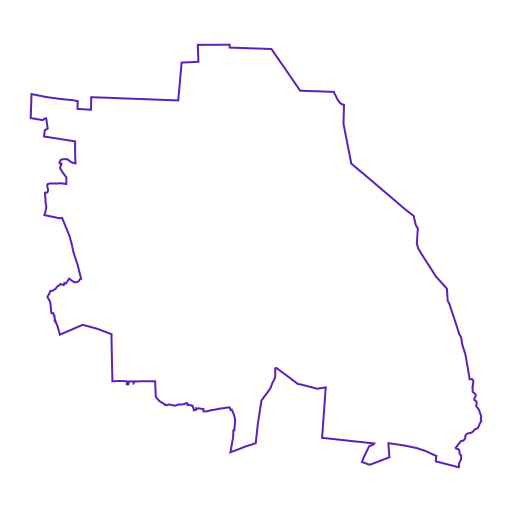 Soyaniquilpan de Juárez, México, Mexico
{"feature_id": "50627088B65616547709828", "entity_name": "Soyaniquilpan de Juárez", "entity_type": "district", "adm_level": 2, "iso_a3": "MEX", "parent_name": "Mexico", "parent_adm1": "México", "projection": "albers", "projection_center": [-99.518, 20.053], "detail": "fine", "context": "isolated", "style": "outline", "palette": "violet", "viewbox_px": 512, "rotation_deg": 0, "n_neighbors": 0, "source": "geoboundaries", "source_scale": "gbopen_adm2", "svg_char_len": 5782}
<svg xmlns="http://www.w3.org/2000/svg" viewBox="0 0 512 512"><path d="M458.7,467.3L459.1,466.3L458.9,463.9L459.2,463.2L459.4,462.8L459.7,462.0L460.3,461.0L461.1,458.9L461.2,457.9L461.1,456.9L461.1,456.4L461.2,455.5L459.9,454.2L459.7,453.8L459.5,452.9L459.5,451.2L459.1,450.2L458.6,449.3L457.6,449.0L456.7,448.8L456.1,448.6L455.7,448.0L456.3,446.9L457.0,446.3L457.6,445.2L459.0,443.4L459.4,443.0L459.8,442.6L460.3,442.1L460.6,441.5L460.8,441.1L461.5,440.9L462.3,440.9L463.1,440.8L464.1,439.8L464.6,439.2L465.0,438.7L465.3,438.2L465.3,436.9L465.2,436.4L465.3,435.9L465.5,435.4L466.1,434.6L466.9,433.9L468.1,433.3L469.5,433.1L470.9,432.9L472.3,432.1L473.6,430.9L474.3,429.9L475.1,429.2L476.2,428.7L477.0,428.5L477.7,428.2L478.0,427.7L478.5,426.7L479.5,424.2L480.1,423.0L480.6,422.2L481.0,421.8L481.3,421.1L480.8,419.4L480.8,418.8L481.1,418.3L481.1,416.5L480.8,415.0L480.3,413.7L479.8,412.5L479.5,411.0L478.0,408.4L477.3,407.5L476.4,406.6L476.2,405.5L476.5,404.0L476.6,402.9L476.6,401.9L475.7,400.9L474.4,400.0L474.3,399.6L474.2,398.9L474.8,397.9L475.1,397.2L475.4,396.5L475.7,395.6L475.6,394.5L473.7,392.6L472.7,391.9L472.5,386.5L472.5,386.4L472.8,386.4L473.2,382.6L473.4,381.4L472.9,380.0L471.9,379.1L469.7,379.3L465.5,354.8L462.3,344.7L462.0,343.1L461.4,339.0L461.1,337.3L459.1,333.9L457.8,329.5L455.3,321.8L449.4,304.0L447.7,300.7L447.2,293.5L446.9,288.7L437.5,278.2L436.0,276.6L432.9,271.7L426.7,262.1L422.5,255.5L418.2,248.5L417.5,246.0L417.1,244.5L416.8,243.3L417.1,239.9L417.5,233.2L417.5,232.9L417.7,230.5L417.9,228.4L417.5,227.9L415.9,225.3L415.3,223.1L414.1,217.9L413.7,215.9L410.0,213.1L407.5,211.2L407.1,210.8L405.6,209.7L403.0,207.5L399.4,204.4L383.8,191.1L370.8,180.0L351.3,163.6L343.5,123.9L344.0,104.9L341.7,104.1L340.2,103.1L339.7,102.6L338.5,100.8L337.2,98.9L336.2,96.8L335.5,95.3L335.0,94.4L334.1,92.5L333.8,91.8L333.3,91.9L320.5,91.4L311.0,91.1L300.2,90.7L293.7,81.3L284.4,67.7L277.9,58.4L271.4,49.0L259.5,48.6L250.6,48.3L238.7,47.9L229.7,47.6L229.6,44.7L215.2,44.8L206.5,44.8L197.8,44.9L198.4,61.8L188.4,62.3L181.6,62.6L179.8,83.0L178.2,100.4L169.5,100.1L157.9,99.7L146.3,99.2L134.7,98.8L123.1,98.4L114.4,98.0L102.8,97.6L91.2,97.2L91.1,106.4L90.8,109.8L90.5,109.7L77.5,108.9L77.7,101.1L76.3,101.0L75.2,100.6L72.3,100.1L67.0,99.6L58.5,98.8L55.3,98.2L50.2,97.6L44.6,96.7L31.5,94.1L30.7,118.1L42.8,120.1L44.6,118.6L46.2,118.4L47.7,128.6L44.9,130.2L44.0,136.5L59.6,138.9L60.4,139.1L65.3,139.8L68.5,140.3L71.6,140.8L75.1,141.4L75.1,154.4L75.5,163.4L73.7,163.1L71.8,162.4L70.4,161.6L68.2,159.8L66.8,159.2L65.1,159.1L62.7,159.3L60.8,159.8L59.4,162.5L60.1,163.6L60.6,163.4L61.0,163.4L61.5,163.8L61.4,164.3L59.9,167.9L62.4,172.1L65.7,176.5L66.4,177.6L66.3,184.0L60.6,183.2L57.0,183.6L55.0,183.4L52.5,183.5L50.7,183.4L49.3,183.7L48.0,183.9L47.3,184.8L47.3,185.8L47.4,187.1L47.8,188.5L48.2,190.0L47.4,192.4L45.0,192.7L45.2,197.3L45.6,200.2L45.4,202.0L45.9,203.8L46.2,205.5L46.2,207.8L45.8,210.1L45.1,212.6L44.4,215.1L46.9,215.6L48.3,215.9L49.7,216.2L52.1,216.7L54.6,217.2L55.5,217.4L58.9,218.2L62.1,217.9L65.7,226.8L69.4,235.6L71.7,244.0L73.5,252.4L77.8,265.4L77.9,266.1L78.0,266.6L78.4,267.9L78.7,268.9L78.9,270.3L81.2,278.8L80.7,278.9L80.0,279.2L79.7,279.5L79.4,280.1L79.1,280.7L78.5,281.3L77.4,281.9L76.3,282.2L74.9,282.2L74.0,281.9L73.1,281.5L71.5,280.4L69.2,278.6L65.8,283.6L64.4,283.0L63.7,285.1L60.4,284.0L60.0,284.7L59.5,285.1L58.8,285.7L57.9,286.1L57.2,286.5L56.5,287.5L55.8,288.6L55.0,289.1L53.8,290.0L52.9,290.5L52.1,290.8L51.4,290.9L51.2,290.9L50.5,290.9L49.7,292.7L49.4,293.4L49.0,294.1L47.7,296.4L47.6,296.7L47.4,297.0L50.1,301.7L50.4,303.5L51.4,313.1L51.5,313.2L53.2,313.1L53.4,314.1L54.3,315.3L54.1,316.4L54.5,316.6L54.6,316.8L54.8,319.3L55.1,320.2L54.7,320.3L54.8,321.3L55.2,321.2L55.6,321.4L56.6,324.0L57.8,327.1L59.1,331.8L59.8,334.7L82.7,324.8L97.6,328.9L111.6,334.2L111.5,337.4L112.2,372.6L112.3,376.1L112.4,381.3L113.9,381.1L115.3,381.1L116.7,381.1L118.2,381.0L119.6,381.0L121.0,381.1L122.4,381.0L123.8,381.1L125.3,381.2L127.1,381.4L126.8,384.3L128.3,384.3L128.9,381.5L130.4,381.4L131.9,381.4L133.4,381.4L133.6,383.0L134.9,381.4L135.1,381.4L137.0,381.4L138.9,381.4L140.0,381.3L141.5,381.2L155.1,381.3L155.8,396.2L156.1,397.2L159.3,401.0L164.0,404.0L165.1,404.3L165.3,405.1L166.9,405.2L169.2,404.4L171.0,404.9L172.2,405.2L174.0,405.5L176.0,405.6L177.7,404.5L181.5,404.5L184.7,404.0L185.3,403.4L186.2,403.1L187.6,403.5L187.5,405.0L189.7,405.2L190.6,405.1L192.6,405.8L192.6,406.0L192.5,406.5L192.8,406.8L193.0,407.1L193.1,407.3L193.2,407.6L193.4,407.8L193.6,409.1L193.8,410.3L196.4,409.6L196.2,408.3L198.1,408.4L199.7,408.5L200.6,408.7L202.2,408.9L203.4,409.0L203.4,409.6L203.4,410.4L203.4,410.7L203.6,411.2L203.6,411.4L203.9,411.4L204.3,411.4L204.9,411.4L205.6,411.4L206.5,411.4L207.4,411.2L208.4,411.0L209.4,410.7L210.1,410.4L211.0,410.2L211.6,410.1L212.4,410.0L213.2,409.9L214.5,409.7L215.8,409.5L217.1,409.2L217.9,409.0L218.9,408.8L219.7,408.7L220.3,408.6L221.3,408.4L223.4,408.2L224.9,408.0L225.8,407.8L227.4,407.6L229.5,407.3L230.7,410.0L231.4,409.7L231.8,409.6L234.0,415.0L235.2,419.6L234.3,430.4L233.4,430.4L233.1,437.1L232.9,438.4L230.4,452.3L238.4,449.3L246.3,446.2L251.8,444.5L255.7,443.2L257.5,427.0L257.8,424.1L261.5,400.4L269.0,390.4L270.7,387.6L272.6,382.4L273.8,380.5L275.1,377.4L275.3,374.0L275.1,371.0L275.4,369.4L275.1,368.5L276.5,368.0L288.5,376.9L298.1,384.1L301.1,384.5L307.5,386.2L317.2,388.7L325.7,387.4L324.0,411.1L322.1,437.8L333.8,439.1L351.2,441.0L362.7,442.2L374.3,443.5L373.9,444.2L369.1,446.3L364.0,456.8L363.6,457.7L361.9,462.0L369.7,464.8L378.1,461.6L389.4,457.3L388.4,443.9L388.4,443.4L388.4,443.2L397.1,444.4L405.8,445.8L409.2,446.5L414.2,447.6L416.9,448.1L421.8,449.8L423.7,450.4L425.1,450.8L436.5,456.1L436.1,457.4L435.9,459.6L435.9,461.4L447.3,464.3L458.7,467.3Z" fill="none" stroke="#5b21b6" stroke-width="2"/></svg>